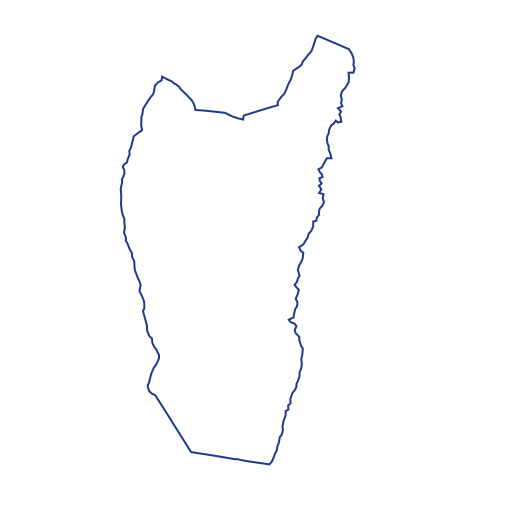 Cianorte, Paraná, Brazil (Albers equal-area conic projection), rotated 351°
{"feature_id": "56859067B27297856655617", "entity_name": "Cianorte", "entity_type": "district", "adm_level": 2, "iso_a3": "BRA", "parent_name": "Brazil", "parent_adm1": "Paraná", "projection": "albers", "projection_center": [-52.604, -23.737], "detail": "fine", "context": "isolated", "style": "outline", "palette": "blue", "viewbox_px": 512, "rotation_deg": 351, "n_neighbors": 0, "source": "geoboundaries", "source_scale": "gbopen_adm2", "svg_char_len": 3156}
<svg xmlns="http://www.w3.org/2000/svg" viewBox="0 0 512 512"><g transform="rotate(351 256 256)"><path d="M301.7,265.9L303.2,260.2L301.0,257.9L299.9,254.0L302.5,253.0L304.8,251.7L307.2,248.8L309.7,246.2L311.6,242.1L314.2,240.2L315.9,237.8L317.2,235.2L317.9,230.9L321.1,230.6L322.1,227.6L324.7,225.2L325.1,222.5L326.1,219.4L329.5,216.6L331.6,213.4L330.9,209.2L332.4,205.5L328.2,203.7L331.0,200.2L329.2,196.5L332.1,194.6L330.9,192.0L330.8,189.1L334.1,188.5L333.8,185.5L332.2,183.2L331.3,180.1L334.9,178.8L337.7,174.9L341.4,170.5L345.8,171.3L345.4,166.4L344.4,162.4L345.0,159.0L344.2,155.6L344.3,151.8L345.2,148.7L346.8,146.6L348.2,142.3L350.5,139.0L353.5,137.4L355.9,134.8L357.8,136.9L361.3,136.8L361.3,132.2L360.4,129.3L362.6,126.7L360.1,122.9L364.8,121.6L363.9,118.2L365.2,115.0L364.9,110.9L366.5,107.1L371.2,103.2L374.7,98.9L375.8,93.9L376.1,89.4L380.9,90.2L382.8,86.2L382.1,82.4L383.0,79.7L383.2,75.9L382.4,71.6L380.2,66.3L351.3,48.1L348.9,50.7L346.6,55.3L344.4,59.6L342.6,62.6L338.9,65.5L336.2,68.2L333.2,70.6L330.9,74.2L327.8,76.2L325.2,77.2L321.6,79.0L320.4,82.3L317.9,87.2L314.6,91.6L311.6,96.9L309.2,100.3L305.9,102.7L301.4,107.3L301.2,110.4L285.5,112.5L265.8,115.4L264.6,119.2L259.9,117.3L255.3,114.9L253.1,113.5L250.7,111.9L247.7,109.7L229.3,104.7L219.0,102.3L218.9,98.7L218.2,95.5L216.8,92.0L211.7,84.7L207.6,79.3L206.5,76.7L203.8,73.9L201.7,72.4L200.0,70.2L197.3,68.6L191.4,64.2L190.2,67.7L186.0,69.4L182.7,72.2L181.0,77.5L179.6,80.2L177.0,82.4L174.0,85.5L167.5,93.0L166.1,97.9L164.6,100.8L163.9,104.7L163.1,108.6L163.1,114.0L158.8,116.0L153.9,118.7L151.2,125.3L149.4,129.4L147.3,132.4L147.1,136.0L144.6,139.9L143.1,143.5L140.0,144.9L138.4,147.1L139.4,151.3L138.7,154.7L135.6,159.4L135.3,162.2L133.9,165.8L132.9,168.6L132.6,172.5L132.1,176.9L130.7,184.1L130.5,191.1L130.9,195.1L131.8,198.8L131.2,202.1L130.9,207.6L129.3,212.2L130.4,217.1L129.8,220.6L131.1,223.7L132.1,228.8L133.9,233.6L133.5,237.7L134.9,241.9L134.1,250.8L134.9,254.7L135.8,258.9L136.9,262.8L137.5,266.8L136.2,270.0L135.4,272.8L136.8,276.6L138.1,281.8L138.3,285.0L137.5,290.2L135.8,292.7L136.1,295.9L136.7,300.9L137.4,307.6L136.8,313.2L138.2,318.6L140.3,321.1L140.0,325.5L141.1,329.4L142.7,332.3L144.7,338.6L144.2,341.9L140.7,347.3L137.8,350.1L134.1,355.9L130.5,364.4L128.9,366.7L128.8,369.9L129.5,373.0L131.5,375.5L134.7,377.7L145.6,402.8L146.7,405.6L161.2,439.5L185.4,447.3L203.1,453.3L205.7,453.7L209.2,455.1L215.3,457.3L236.6,463.9L239.6,461.4L242.2,457.3L243.8,454.2L246.1,451.3L247.1,447.9L249.4,443.8L251.2,438.6L253.5,436.4L255.3,432.4L255.5,428.6L257.5,423.0L260.4,417.9L261.0,413.8L264.0,412.7L264.4,408.6L267.0,407.0L267.5,402.9L270.3,397.3L273.9,393.9L275.4,391.6L276.0,388.6L277.7,386.1L279.9,382.4L280.8,377.9L282.8,374.6L284.3,370.4L284.6,364.7L286.0,361.6L287.8,354.7L286.5,351.9L286.0,348.7L285.6,345.8L286.1,342.6L283.1,338.4L282.7,335.1L285.0,331.6L283.5,328.8L279.9,326.8L278.4,324.1L281.0,323.2L283.5,322.6L284.6,319.1L286.3,314.8L288.8,311.9L289.7,308.3L288.6,304.4L291.2,300.3L293.0,296.0L291.2,293.5L289.6,290.4L292.4,288.0L293.9,284.7L295.9,282.3L295.2,276.6L297.1,272.1L299.0,269.8L301.7,265.9Z" fill="none" stroke="#1e3a8a" stroke-width="2"/></g></svg>